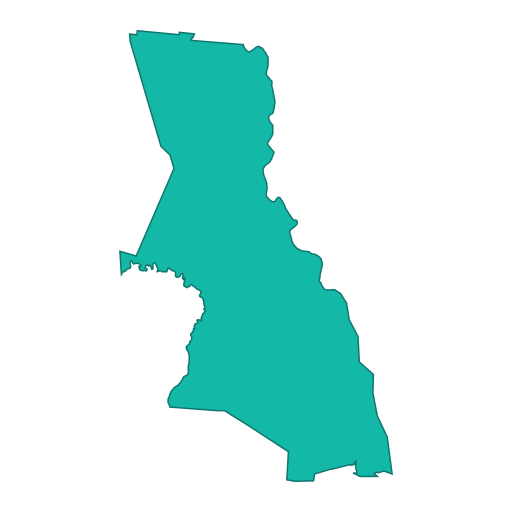 outline of Guerrero, Tamaulipas, Mexico
{"feature_id": "50627088B90102683496666", "entity_name": "Guerrero", "entity_type": "district", "adm_level": 2, "iso_a3": "MEX", "parent_name": "Mexico", "parent_adm1": "Tamaulipas", "projection": "equal_earth", "projection_center": [-99.632, 26.921], "detail": "fine", "context": "isolated", "style": "filled", "palette": "teal", "viewbox_px": 512, "rotation_deg": 0, "n_neighbors": 0, "source": "geoboundaries", "source_scale": "gbopen_adm2", "svg_char_len": 6071}
<svg xmlns="http://www.w3.org/2000/svg" viewBox="0 0 512 512"><path d="M286.8,479.8L295.0,481.3L313.5,480.8L314.6,474.0L331.7,468.8L331.8,469.2L350.8,464.4L349.7,465.2L350.7,465.0L352.0,465.1L352.0,464.5L354.0,464.6L354.8,462.7L355.8,461.1L356.0,461.4L355.4,463.4L355.6,463.5L356.0,469.4L356.1,469.9L357.0,470.8L356.6,473.2L356.5,473.3L355.9,473.5L355.5,473.4L354.5,472.8L354.2,472.8L354.2,473.0L353.8,473.3L359.5,476.2L360.3,476.5L361.7,476.5L377.3,476.4L374.2,473.5L376.5,472.2L377.8,472.8L384.1,471.1L392.1,474.0L392.1,473.8L387.2,437.0L377.3,415.9L372.9,393.1L373.4,374.5L359.3,361.9L358.0,336.5L349.2,319.8L346.5,303.1L340.8,293.8L334.5,289.6L327.5,290.1L324.3,289.3L321.5,284.8L320.6,282.2L319.4,281.9L319.0,280.8L319.8,278.2L320.1,274.8L322.4,264.5L321.9,261.6L321.0,258.9L319.0,256.6L315.3,254.4L311.3,253.7L308.9,251.7L302.4,251.0L299.1,249.6L296.6,248.0L293.6,244.6L292.3,242.2L289.7,232.2L290.3,229.7L291.5,229.1L295.4,226.0L296.8,224.5L297.4,222.1L296.5,220.4L293.7,219.9L292.6,219.0L290.4,215.8L285.5,208.3L284.4,205.0L281.5,199.9L279.9,197.7L279.0,197.4L278.0,197.4L277.2,198.1L274.9,201.3L274.2,201.7L273.4,201.8L272.2,201.5L270.5,200.6L269.4,199.6L267.3,197.2L266.7,196.5L266.5,195.9L266.2,195.0L266.2,193.6L267.1,188.6L267.0,186.5L266.6,183.3L266.2,181.4L265.7,179.9L264.5,177.3L263.8,175.0L263.2,172.1L263.0,169.5L263.6,167.9L265.1,165.8L266.4,164.5L269.0,162.6L270.1,161.5L270.7,160.5L271.5,159.0L273.9,152.9L273.9,152.2L273.5,151.4L271.2,149.0L269.3,146.4L268.0,145.1L267.8,144.7L267.6,143.8L267.7,143.0L268.1,142.0L271.5,136.8L272.2,135.4L272.7,134.0L272.8,132.7L272.8,125.5L272.4,124.8L271.5,123.9L269.7,121.4L269.3,120.5L268.8,119.0L268.7,117.1L269.1,116.0L269.8,115.1L270.3,114.7L271.8,113.9L272.4,113.4L273.0,112.8L273.2,112.2L274.2,107.7L274.9,102.0L274.9,101.0L273.2,92.5L273.0,90.8L272.6,89.1L271.8,86.5L271.8,85.1L272.0,81.6L271.6,80.9L269.4,78.7L268.8,77.5L267.6,76.8L266.6,74.9L266.3,73.6L266.4,71.9L267.3,68.9L268.0,65.6L268.1,60.2L268.0,57.5L267.9,57.0L266.5,54.7L266.1,53.8L265.4,52.5L264.1,51.1L263.9,50.4L262.8,48.8L261.7,47.8L260.5,47.8L259.7,46.9L258.8,46.4L257.6,46.5L256.8,46.9L254.4,48.5L253.8,49.3L251.8,50.4L250.0,51.7L248.5,51.8L247.4,51.3L245.3,49.3L244.2,47.5L243.2,44.6L191.0,40.4L192.4,37.1L193.0,37.4L194.4,33.9L179.4,32.3L179.3,34.7L137.3,30.7L136.9,34.8L129.6,34.0L130.1,41.1L161.0,146.4L170.0,155.0L174.0,168.5L136.1,256.1L133.3,255.1L119.9,251.3L121.4,274.6L121.8,274.1L122.3,272.1L123.1,271.9L123.9,271.8L124.8,271.4L126.0,270.4L127.4,268.9L128.0,268.5L128.4,268.4L129.1,268.7L130.0,268.3L130.2,267.2L130.5,266.9L130.7,266.2L130.1,263.3L130.1,262.7L130.4,262.0L130.6,261.7L131.2,261.2L131.8,261.2L132.5,261.6L132.8,262.1L132.7,262.7L132.9,263.1L133.9,264.1L134.7,263.6L137.0,263.2L138.9,263.8L140.1,264.3L140.8,265.0L140.9,266.0L140.6,266.4L140.4,266.5L139.9,266.1L139.5,266.4L138.9,266.4L138.9,267.1L139.6,267.6L139.7,267.9L139.7,268.4L139.4,269.0L139.5,269.4L141.0,270.4L141.4,270.3L141.8,270.6L143.2,270.8L144.4,270.4L144.9,270.6L145.7,271.0L146.8,270.5L147.0,269.2L147.0,268.9L146.2,268.6L145.4,267.8L145.3,267.6L145.4,266.5L146.5,265.2L147.0,264.9L147.6,265.1L148.0,265.5L148.4,266.0L148.8,265.5L149.1,265.5L149.5,265.6L149.7,265.4L149.7,265.2L149.9,265.2L150.2,265.6L150.3,266.2L150.8,266.4L151.0,266.8L151.2,267.6L151.2,268.1L151.3,268.5L152.0,269.4L152.3,269.4L152.9,268.9L153.0,267.8L152.8,264.4L153.6,263.3L154.0,263.0L154.3,262.9L155.4,263.4L155.9,264.4L156.3,264.9L156.6,266.4L157.4,267.5L157.8,268.7L158.0,269.1L158.0,269.8L157.1,271.2L157.2,271.7L157.9,271.5L158.4,271.2L160.1,270.8L161.0,271.0L162.2,271.8L164.5,271.8L165.2,271.5L166.0,271.9L166.4,271.9L166.7,271.7L167.3,270.6L167.9,268.5L168.3,268.0L168.6,267.9L169.8,268.5L170.0,268.9L170.6,269.5L172.0,270.4L172.3,270.8L173.7,270.8L175.2,271.9L175.5,272.3L175.7,273.2L175.5,275.2L175.6,275.9L175.9,276.6L176.6,277.2L177.3,277.2L178.8,276.9L179.3,276.7L180.6,275.5L180.6,275.2L180.6,274.9L180.8,274.6L180.9,273.9L181.5,273.7L182.2,273.8L183.1,274.4L183.7,275.3L183.6,275.5L182.8,276.0L182.7,276.3L182.7,276.7L182.5,277.7L182.5,278.1L183.1,278.9L183.4,279.6L183.7,279.8L184.0,279.6L183.9,278.7L184.1,278.2L184.9,278.3L185.2,278.8L185.0,281.1L184.2,282.2L183.8,284.3L183.8,285.1L184.3,286.2L184.8,286.4L185.5,286.9L185.8,287.0L186.4,287.4L187.1,287.6L187.6,287.1L188.6,286.8L189.7,286.3L190.3,285.7L190.8,284.7L191.3,284.5L191.6,284.5L193.2,286.0L194.8,287.0L196.9,289.0L200.3,290.8L200.7,291.1L201.2,291.9L201.2,292.2L201.1,292.6L200.7,292.8L200.6,293.5L199.7,295.0L199.6,295.9L199.8,296.4L200.5,297.0L201.8,297.2L202.1,297.6L202.7,298.7L203.4,299.4L203.7,299.9L203.7,300.1L203.5,300.4L203.4,300.7L203.7,301.2L203.7,302.5L204.1,305.0L204.7,306.7L204.9,308.2L204.8,308.5L204.1,308.7L204.1,309.5L205.2,310.3L205.3,311.2L205.1,311.4L204.5,311.5L204.6,312.0L204.5,312.3L203.5,313.4L202.6,313.9L202.6,315.1L201.8,316.2L201.5,317.0L201.5,317.4L201.8,318.0L201.7,318.7L201.2,318.8L201.6,319.6L201.5,320.0L201.0,320.1L200.8,320.6L200.6,320.7L200.4,320.7L199.7,320.1L198.9,319.8L198.0,319.9L197.4,319.9L197.1,320.1L197.0,320.4L197.1,320.8L198.0,322.2L198.1,322.6L197.9,323.0L197.6,323.3L196.4,323.3L195.6,324.0L194.9,324.1L194.3,326.5L194.3,327.1L194.6,328.4L194.6,328.8L194.0,329.0L193.5,328.8L193.4,330.3L193.3,330.9L192.7,331.5L192.2,332.7L191.1,333.5L190.8,333.9L190.7,334.7L190.7,335.2L191.5,336.6L191.7,337.4L191.8,337.8L191.6,339.4L190.5,341.0L189.8,341.6L189.5,343.1L189.7,343.6L189.6,343.8L187.5,345.7L186.7,346.1L186.5,346.6L186.3,347.4L186.5,348.9L187.7,350.8L188.3,352.0L188.8,353.5L189.3,356.4L189.2,360.9L188.9,362.9L188.9,364.1L188.4,365.4L188.2,366.5L188.2,367.1L188.4,367.9L188.3,368.4L188.2,369.0L188.5,372.1L188.2,373.2L186.9,375.2L184.6,376.3L183.2,377.3L182.7,378.3L182.3,379.7L181.9,380.4L180.9,381.8L180.5,382.7L179.4,383.5L178.7,384.6L177.4,385.7L175.8,386.5L174.3,387.6L173.6,388.4L171.2,391.4L170.8,392.2L169.5,395.4L169.5,396.6L168.7,397.4L168.2,398.8L168.1,399.5L168.0,401.4L168.1,402.5L169.4,405.2L169.9,407.1L217.8,410.7L224.5,410.6L250.4,426.9L288.4,451.7L286.8,479.8Z" fill="#14b8a6" stroke="#0f766e" stroke-width="1.5"/></svg>